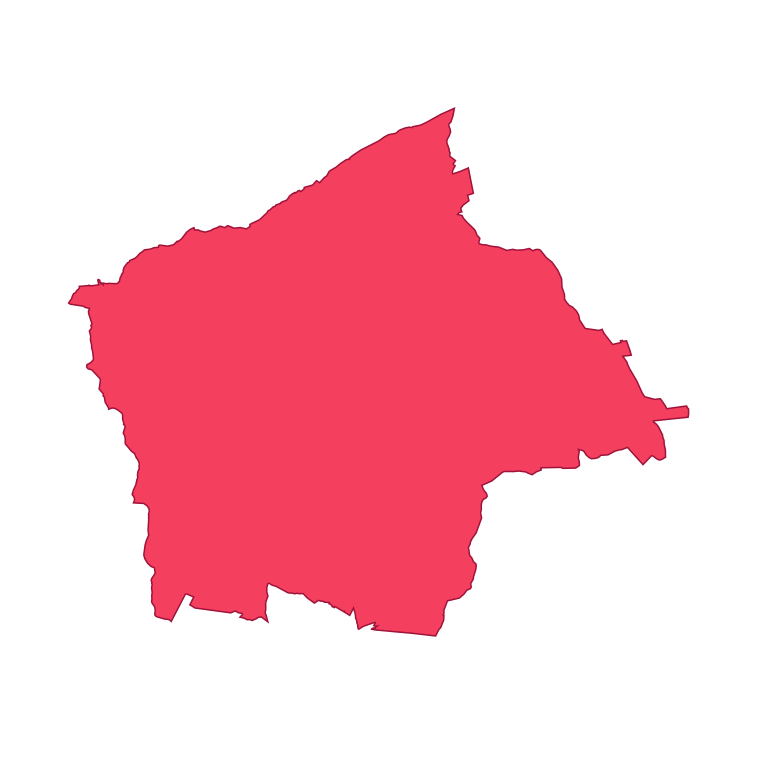 Beceni, Buzau, Romania (Natural Earth projection), rotated 349°
{"feature_id": "2599482B57070891345270", "entity_name": "Beceni", "entity_type": "district", "adm_level": 2, "iso_a3": "ROU", "parent_name": "Romania", "parent_adm1": "Buzau", "projection": "natural_earth1", "projection_center": [26.787, 45.38], "detail": "fine", "context": "isolated", "style": "filled", "palette": "rose", "viewbox_px": 768, "rotation_deg": 349, "n_neighbors": 0, "source": "geoboundaries", "source_scale": "gbopen_adm2", "svg_char_len": 6158}
<svg xmlns="http://www.w3.org/2000/svg" viewBox="0 0 768 768"><g transform="rotate(349 384 384)"><path d="M429.9,601.3L430.9,599.9L431.0,596.5L434.3,592.7L435.2,590.1L438.7,583.6L439.9,579.8L439.8,577.9L437.9,575.5L437.2,572.0L435.4,568.3L435.7,560.4L438.0,557.6L438.6,555.8L440.7,552.9L446.0,547.8L454.3,534.0L454.2,529.1L455.7,525.5L456.1,522.5L457.2,519.0L459.3,516.3L462.4,515.3L463.9,513.9L463.7,511.0L461.7,507.3L460.6,502.2L471.4,499.7L483.6,493.2L485.3,492.8L494.6,494.7L499.5,495.1L506.7,497.5L507.8,498.6L512.1,501.3L516.8,499.3L521.9,498.4L522.1,496.2L542.2,499.7L542.8,500.6L543.9,501.0L556.2,503.1L560.1,501.4L560.4,500.9L560.8,497.8L560.6,493.5L562.8,487.1L562.4,485.4L565.4,486.7L567.3,488.1L568.9,492.2L571.0,495.0L573.3,496.9L576.7,497.3L580.4,497.1L583.2,495.4L590.4,496.3L597.9,494.0L602.1,493.6L604.7,493.8L610.9,492.7L622.9,512.6L632.7,505.6L633.5,505.6L634.8,506.5L637.0,509.1L639.7,511.2L642.1,511.1L646.4,509.6L647.7,502.2L647.5,496.9L648.1,492.7L647.5,489.5L647.7,487.2L645.3,478.4L643.7,475.4L641.4,472.7L641.4,471.6L676.2,474.6L677.2,471.9L678.2,466.7L677.3,465.1L676.8,463.3L656.8,462.2L656.1,459.3L652.5,451.2L646.7,450.7L637.5,446.3L635.8,442.3L632.7,429.2L628.0,415.9L626.7,410.5L626.7,409.1L623.7,402.3L632.2,402.9L631.9,398.5L630.3,387.9L626.7,387.8L626.4,386.8L624.4,386.6L624.6,388.5L616.0,388.8L609.8,376.6L608.9,373.8L608.7,372.0L605.2,372.4L592.4,368.0L591.8,367.3L588.1,358.2L588.4,356.8L588.2,353.1L586.7,348.9L583.8,344.5L581.0,342.4L578.7,338.5L577.5,335.3L578.2,330.6L577.2,322.9L578.4,314.6L576.3,305.5L572.2,296.5L567.3,290.7L563.2,282.7L562.0,281.6L559.5,281.0L557.8,281.0L555.7,281.7L552.5,278.7L546.3,278.9L539.7,277.9L536.2,276.4L530.0,276.3L522.7,271.5L515.4,269.2L510.7,266.9L507.1,266.1L504.1,264.3L504.2,262.9L505.9,259.3L503.7,255.6L502.9,251.2L502.1,249.3L495.9,240.5L493.6,236.4L492.8,233.5L488.6,231.6L490.5,230.0L493.2,229.9L492.8,226.3L495.8,223.5L502.4,220.3L502.1,214.6L508.1,213.9L508.0,188.0L499.8,189.8L491.7,190.9L491.5,189.3L492.3,187.2L495.5,183.4L494.1,182.0L493.9,181.2L496.8,178.3L492.2,173.2L492.2,171.9L493.0,169.7L492.4,167.5L492.8,166.1L491.7,158.9L492.6,156.0L495.3,152.9L497.5,149.1L497.5,146.2L496.9,143.1L497.2,141.2L499.6,139.7L502.9,133.9L505.7,126.8L491.7,130.0L474.8,135.5L468.9,136.9L461.3,136.9L460.0,137.6L458.1,136.7L453.7,136.7L448.5,137.6L446.2,138.4L444.9,139.5L442.7,140.2L436.2,140.1L431.6,141.5L425.2,144.4L406.5,149.7L396.6,153.8L392.8,156.0L392.9,156.8L389.8,156.6L383.3,159.3L378.6,161.9L371.0,164.6L367.5,168.8L364.8,170.0L359.1,174.1L356.6,171.5L351.9,175.1L343.2,175.8L343.0,177.0L339.5,179.1L338.7,179.0L338.1,177.9L336.5,178.0L334.8,179.1L333.0,179.6L332.9,179.0L330.0,180.0L326.7,181.7L326.6,182.3L323.3,185.1L318.9,185.7L317.5,186.2L317.5,186.8L311.8,187.8L311.1,188.9L309.0,189.0L304.9,191.6L303.6,191.6L301.7,193.6L293.3,199.0L283.4,201.5L282.7,202.0L282.8,203.6L278.7,205.5L272.7,203.0L266.6,202.4L260.8,198.7L257.3,200.1L254.3,198.2L252.1,197.8L251.5,198.4L245.5,199.4L243.7,200.2L237.4,200.8L232.6,198.6L231.3,197.4L227.5,196.6L227.3,194.3L226.6,194.4L223.4,195.2L219.4,197.2L212.8,203.0L208.5,205.1L208.2,204.4L204.1,207.1L198.0,207.4L190.3,204.8L189.2,205.2L188.7,206.8L184.3,206.3L180.4,207.0L174.5,206.6L171.1,208.5L169.5,209.0L165.6,212.0L163.0,213.2L158.0,214.3L156.9,215.8L155.3,216.1L151.2,219.8L149.7,222.5L149.3,224.5L147.0,226.7L146.8,227.8L145.5,229.0L143.8,232.9L142.7,233.4L142.1,234.4L139.7,234.3L133.1,232.7L130.5,232.6L127.6,231.3L127.2,231.4L127.2,232.8L126.7,232.1L125.3,231.5L125.7,230.7L124.6,229.7L124.8,228.0L123.6,226.9L122.9,227.3L122.9,232.2L114.5,231.7L113.7,231.4L113.9,231.1L113.3,230.7L112.5,231.0L103.5,230.0L103.3,231.8L99.8,234.0L98.6,235.6L96.6,236.0L94.6,238.6L93.8,240.5L89.8,244.3L91.3,245.8L104.1,250.4L105.0,251.7L109.2,253.6L109.3,254.1L107.9,255.8L107.5,258.4L108.8,269.2L107.3,270.8L107.9,271.9L107.2,273.7L104.9,275.7L105.2,280.9L104.2,284.9L104.4,290.2L103.9,292.9L104.2,296.5L103.6,303.9L102.8,305.2L99.7,307.3L96.3,308.2L95.7,309.1L95.5,311.1L96.4,312.6L99.9,314.4L106.2,324.5L106.2,326.6L103.4,334.6L106.7,340.4L106.0,342.1L107.0,343.6L106.8,348.6L109.1,355.1L108.9,356.2L112.5,355.7L114.9,356.4L118.0,359.0L121.4,363.0L121.5,364.4L120.7,368.9L121.1,372.7L120.6,374.1L121.8,375.5L121.8,376.5L118.9,381.9L118.7,382.8L119.6,385.1L119.5,388.4L118.6,393.3L123.3,401.9L125.9,404.8L126.9,409.5L128.0,411.4L128.6,415.5L127.7,418.4L127.7,420.1L125.6,423.3L124.5,426.8L124.6,428.0L124.2,429.4L123.4,430.3L121.2,435.5L117.8,440.3L115.7,444.4L117.1,447.5L117.2,449.1L116.8,450.7L115.4,452.9L125.4,455.4L128.5,458.8L129.6,462.2L129.1,464.6L127.8,467.6L128.0,469.2L127.4,470.0L127.3,471.5L124.5,482.5L124.1,487.6L121.0,492.1L119.0,495.9L115.6,505.8L115.8,509.6L117.6,514.6L120.4,518.6L123.6,520.7L123.2,526.2L118.7,530.8L117.9,532.8L118.4,534.1L117.9,535.2L118.2,536.5L117.0,539.6L116.6,544.8L115.7,547.1L115.2,550.6L114.5,552.7L114.4,554.4L116.4,559.2L116.2,562.8L115.0,566.3L115.3,567.7L116.3,569.0L123.7,572.8L127.3,573.9L128.8,575.0L129.8,576.5L149.0,552.3L150.4,552.6L156.6,556.8L151.3,563.7L155.7,567.8L189.9,579.4L194.8,578.4L197.2,580.7L200.9,582.1L201.0,583.3L198.1,585.4L201.7,587.0L205.2,589.5L206.8,589.4L209.4,591.0L214.5,589.9L215.6,589.1L219.2,589.3L224.6,595.3L224.1,587.6L223.6,586.0L224.9,582.7L226.2,575.8L229.6,570.0L229.3,565.7L230.2,561.4L231.7,558.1L233.1,557.6L235.9,560.2L239.4,562.0L250.1,570.8L254.5,571.9L256.1,572.9L258.4,572.8L260.9,573.7L264.6,574.3L267.9,579.4L273.9,585.8L278.3,583.9L280.7,585.2L282.8,585.5L283.6,586.7L288.7,588.1L288.1,589.2L290.5,591.0L290.8,592.1L290.5,592.5L292.6,594.0L293.3,593.0L300.9,599.7L301.7,599.7L301.4,600.2L306.2,604.6L311.3,598.1L311.9,603.9L311.5,608.9L312.0,610.7L311.8,613.5L312.2,614.9L311.8,618.7L312.4,619.9L317.6,617.9L329.4,616.2L328.9,616.5L329.1,617.2L329.7,616.9L329.5,617.4L327.8,619.2L329.1,620.2L331.2,620.3L329.4,621.2L328.5,622.2L328.1,622.2L328.2,621.6L326.9,621.5L325.7,621.7L325.1,622.4L329.3,624.0L364.8,634.3L386.6,641.2L390.9,635.6L393.2,633.9L397.6,627.0L398.7,622.6L398.0,622.0L399.0,620.9L399.7,617.4L404.9,609.0L417.1,608.5L422.3,605.6L425.9,602.3L429.9,601.3Z" fill="#f43f5e" stroke="#9f1239" stroke-width="1.5"/></g></svg>